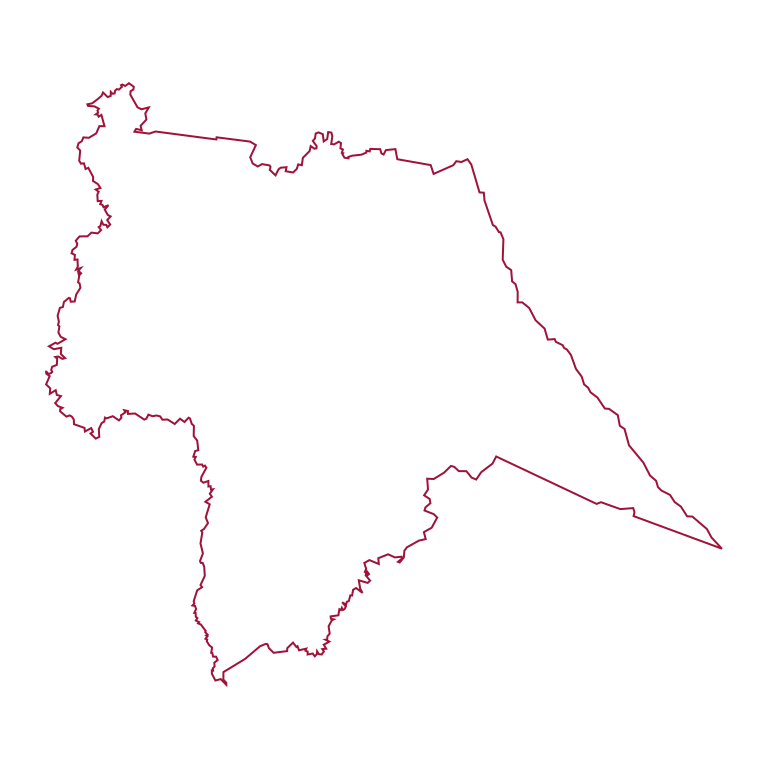 the district of Ozuluama de Mascareñas, Veracruz, Mexico
{"feature_id": "50627088B92506226945560", "entity_name": "Ozuluama de Mascareñas", "entity_type": "district", "adm_level": 2, "iso_a3": "MEX", "parent_name": "Mexico", "parent_adm1": "Veracruz", "projection": "robinson", "projection_center": [-97.902, 21.699], "detail": "fine", "context": "isolated", "style": "outline", "palette": "rose", "viewbox_px": 768, "rotation_deg": 0, "n_neighbors": 0, "source": "geoboundaries", "source_scale": "gbopen_adm2", "svg_char_len": 5990}
<svg xmlns="http://www.w3.org/2000/svg" viewBox="0 0 768 768"><path d="M245.1,658.9L260.1,646.2L265.8,643.9L267.5,644.2L268.9,648.1L273.6,652.8L287.1,651.1L287.3,648.1L293.0,642.6L296.4,647.0L297.5,646.2L299.0,650.3L306.3,648.6L305.4,650.7L307.7,651.6L307.6,654.5L312.7,653.5L314.8,656.3L316.9,654.1L317.1,651.3L318.9,654.2L321.7,654.5L323.9,651.4L322.3,649.1L326.2,648.7L323.8,644.7L329.3,641.6L325.6,639.7L327.2,639.5L327.4,636.4L329.7,633.6L328.6,626.3L331.8,620.3L333.7,619.4L330.8,618.7L330.6,616.4L338.4,615.3L339.4,609.2L340.9,610.0L341.8,607.8L342.9,610.0L344.5,609.1L345.9,606.5L342.2,602.3L346.1,604.6L346.8,601.8L348.8,601.1L350.3,595.4L352.1,595.5L353.1,589.8L356.1,588.0L362.5,592.9L360.2,588.7L358.8,580.3L367.7,582.9L370.1,580.6L365.7,575.4L366.1,573.4L367.8,575.0L369.0,574.1L367.1,571.5L366.0,572.7L364.8,571.9L366.2,569.0L364.3,563.0L369.4,560.1L378.8,564.0L378.3,558.2L388.1,554.3L394.9,557.4L401.6,556.7L401.9,558.7L398.0,561.8L399.7,562.5L403.8,557.5L404.4,550.7L406.9,547.3L418.9,540.6L425.7,539.1L423.9,532.1L431.7,527.7L437.2,517.5L433.7,514.1L424.5,510.5L425.5,507.3L430.4,503.2L429.7,499.0L424.1,495.3L428.0,489.5L427.2,478.7L433.7,479.0L444.0,472.7L450.9,466.0L454.2,466.8L458.8,471.1L466.4,471.2L471.6,477.6L476.2,479.5L481.2,472.2L492.5,463.6L496.2,456.5L596.6,503.9L601.0,502.2L620.3,509.1L633.2,508.1L634.5,512.0L633.6,516.1L721.9,548.7L711.5,537.5L706.9,529.0L692.4,516.6L687.1,516.3L680.9,506.6L674.7,502.1L670.0,494.9L661.5,490.6L658.0,487.2L656.1,480.8L650.0,475.5L643.3,462.5L629.0,445.3L624.5,428.9L619.8,425.8L617.8,415.1L609.1,408.9L604.8,408.5L597.4,397.5L590.5,392.3L588.2,387.8L584.1,384.4L581.7,376.6L576.0,369.0L570.9,354.9L566.8,349.4L564.1,348.0L562.7,345.2L555.9,341.9L554.7,339.1L547.8,339.6L544.6,328.6L535.6,320.3L529.2,308.0L522.3,302.4L517.6,302.4L517.7,291.9L515.5,284.1L512.1,281.4L511.2,270.1L506.2,266.7L502.7,259.7L503.4,239.2L500.5,232.3L498.9,232.1L495.6,226.7L492.9,225.1L484.5,200.5L483.8,192.7L479.5,192.4L471.3,164.5L467.5,159.2L461.4,162.0L456.3,161.2L453.3,165.2L433.6,173.9L430.7,165.1L397.3,159.2L395.4,149.1L385.9,150.1L383.6,154.5L381.4,153.4L380.2,149.2L370.3,148.9L369.7,151.4L366.4,150.8L366.3,152.6L361.3,154.7L352.1,155.7L348.4,156.9L348.5,158.3L344.5,157.7L342.5,154.4L343.2,153.2L341.8,152.8L342.9,149.5L340.4,148.4L341.0,143.1L338.8,141.7L334.0,144.4L331.2,144.0L332.3,136.3L331.4,132.6L328.2,132.1L327.2,139.0L323.7,141.4L322.8,134.2L318.5,132.4L315.7,133.5L315.0,138.4L312.8,140.9L316.7,146.2L316.4,148.4L314.4,148.7L310.7,146.1L309.6,151.1L302.9,157.8L301.8,165.2L298.2,164.4L296.8,168.9L293.1,172.5L285.7,171.2L286.5,167.2L280.7,167.7L278.6,169.2L275.5,175.3L269.8,169.9L270.5,166.8L269.5,165.4L262.0,164.1L257.8,166.5L252.7,163.5L250.2,157.3L255.9,145.1L250.1,141.6L216.6,137.3L216.4,139.4L213.4,139.1L155.5,131.5L149.3,133.6L134.4,131.7L136.1,128.9L141.7,130.2L140.6,125.8L146.4,119.5L145.3,113.3L148.8,107.4L141.5,109.3L137.5,107.3L130.3,94.6L130.6,91.2L133.4,89.5L133.8,86.8L128.9,83.2L125.3,86.0L122.4,84.5L121.0,85.2L121.9,86.9L118.9,89.6L116.8,89.1L115.1,90.6L114.6,93.5L112.5,93.7L110.8,91.9L110.7,95.9L107.7,97.1L103.0,92.5L101.5,95.9L97.2,99.5L92.0,103.4L87.4,104.3L88.0,105.9L94.5,106.4L98.9,108.7L97.5,110.5L98.1,112.7L95.8,114.4L97.6,114.6L98.6,116.7L101.4,114.9L104.5,126.2L99.4,126.1L96.2,133.4L88.9,137.8L83.4,137.4L81.8,141.2L78.5,143.3L77.3,147.4L80.2,150.6L79.2,160.8L81.0,163.7L83.9,163.3L85.6,169.0L88.3,167.8L93.2,177.1L93.0,181.0L97.9,184.1L100.4,188.0L95.7,189.5L98.7,191.8L97.3,194.6L97.7,201.1L101.5,200.9L100.2,204.2L102.5,204.9L103.5,207.2L108.5,205.2L104.7,209.5L107.7,214.9L110.6,216.4L107.2,220.1L110.2,224.5L107.4,227.3L106.3,224.9L103.3,224.7L101.6,221.2L100.4,226.0L98.7,227.1L101.1,230.1L97.7,233.4L91.4,232.6L87.5,236.3L79.5,236.4L75.8,240.7L77.3,243.8L76.5,246.8L72.5,249.9L71.6,253.3L74.9,254.9L74.5,259.8L77.5,259.5L77.8,266.8L76.2,269.6L80.8,268.0L78.1,271.3L78.6,273.7L79.8,272.1L81.1,273.3L79.3,275.3L78.1,282.4L79.6,283.4L80.4,287.8L76.2,294.5L74.7,301.5L70.7,301.7L70.0,298.3L68.8,297.9L63.9,302.0L62.9,307.0L59.9,307.9L57.6,315.8L58.9,321.7L58.0,325.0L59.4,326.4L58.4,332.5L60.7,336.8L65.5,339.2L57.4,343.8L55.5,342.7L49.0,346.3L53.8,349.2L61.3,347.8L60.8,354.0L65.1,358.1L62.5,358.9L58.2,356.5L55.3,357.0L57.2,358.7L56.8,364.9L52.1,366.8L51.2,370.1L52.3,371.8L51.1,373.1L47.6,374.0L47.4,373.0L46.9,372.2L46.4,371.7L46.1,371.7L46.3,373.7L49.7,376.1L46.1,384.4L50.2,388.3L49.8,393.8L55.7,390.2L56.8,394.9L60.9,396.1L55.2,403.1L57.9,406.1L62.5,407.8L60.1,409.3L60.1,411.3L66.4,416.6L69.7,415.4L71.8,416.6L73.8,419.5L74.0,424.2L84.5,427.9L84.9,431.5L91.2,428.1L93.0,431.8L90.5,433.5L95.8,438.6L99.3,436.9L98.8,429.1L101.7,423.0L104.2,421.6L105.0,417.6L106.5,418.4L112.8,416.2L119.0,420.4L121.4,417.8L121.0,415.3L125.4,412.3L124.2,410.2L127.9,411.0L128.0,413.9L135.1,413.5L144.3,419.6L146.4,418.7L148.4,414.6L152.4,416.2L156.7,415.5L160.2,416.4L162.4,419.7L167.6,419.5L174.7,424.0L180.0,418.7L184.5,422.0L188.6,417.7L190.0,418.5L191.7,423.8L193.9,425.8L193.7,436.1L197.2,440.6L198.3,450.2L195.2,451.0L193.3,456.7L195.7,457.0L194.4,459.6L197.1,464.6L202.1,464.5L203.2,466.6L204.9,465.6L206.4,467.7L201.4,476.9L200.9,480.7L203.3,482.7L208.4,481.0L208.4,486.5L210.6,486.2L211.0,489.6L213.0,489.3L209.8,493.7L211.9,496.7L205.4,501.8L209.7,504.3L205.7,517.4L208.0,523.0L204.0,529.0L201.2,530.8L202.3,532.5L200.5,543.5L202.9,553.4L200.0,561.1L200.8,562.9L202.7,562.9L204.2,566.6L204.8,575.9L200.5,585.0L202.1,587.2L197.2,590.3L193.7,601.2L194.3,603.5L192.5,605.5L195.0,605.9L196.1,609.0L194.3,612.9L195.6,613.0L195.8,616.8L197.4,618.1L195.8,620.5L199.1,622.1L198.1,623.4L200.9,624.5L205.7,631.0L205.2,632.1L207.5,634.6L206.2,635.5L207.5,636.2L205.5,638.8L207.2,639.6L206.8,641.2L209.2,645.2L212.1,647.5L211.2,652.8L212.3,653.0L213.1,656.6L216.1,656.7L217.6,660.1L214.3,662.7L214.6,666.4L212.8,668.3L213.1,670.6L211.8,670.4L211.9,673.8L215.4,680.5L220.7,679.1L226.3,684.8L226.3,682.8L223.4,679.7L223.4,672.1L245.1,658.9Z" fill="none" stroke="#9f1239" stroke-width="2"/></svg>